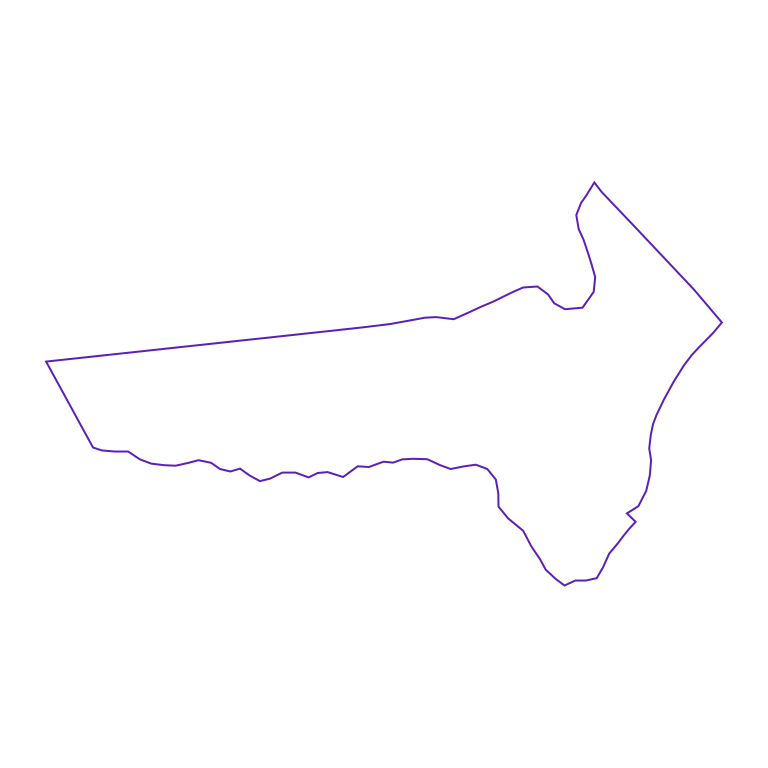 outline of Barra de Santo Antônio, Alagoas, Brazil
{"feature_id": "56859067B30618154167224", "entity_name": "Barra de Santo Antônio", "entity_type": "district", "adm_level": 2, "iso_a3": "BRA", "parent_name": "Brazil", "parent_adm1": "Alagoas", "projection": "albers", "projection_center": [-35.554, -9.378], "detail": "fine", "context": "isolated", "style": "outline", "palette": "violet", "viewbox_px": 768, "rotation_deg": 0, "n_neighbors": 0, "source": "geoboundaries", "source_scale": "gbopen_adm2", "svg_char_len": 1396}
<svg xmlns="http://www.w3.org/2000/svg" viewBox="0 0 768 768"><path d="M721.9,322.5L694.0,289.6L634.7,226.7L601.5,191.8L594.3,182.5L586.5,195.2L581.2,202.7L576.3,215.0L578.7,229.2L583.5,239.6L588.0,252.9L591.4,263.8L595.2,277.1L593.7,291.9L582.5,307.7L565.0,309.2L554.2,303.3L548.0,294.4L537.4,286.5L523.1,287.5L513.1,291.9L502.8,296.9L493.0,301.7L481.2,306.7L469.1,312.3L453.7,319.2L436.1,317.1L424.9,317.7L414.6,319.6L403.1,321.7L390.3,324.0L361.5,327.5L301.6,334.0L58.8,360.2L46.1,361.6L93.0,447.5L101.7,450.4L114.2,451.5L128.1,451.5L140.0,459.4L151.2,463.6L164.1,465.2L175.7,465.7L188.2,462.9L198.6,460.2L211.1,462.8L220.0,469.0L230.3,471.5L240.0,468.6L249.6,475.5L259.9,481.1L270.1,478.6L282.3,472.6L295.5,472.6L308.6,477.4L317.7,473.0L327.6,472.1L343.1,477.0L357.7,466.3L368.9,467.0L383.5,461.7L393.2,462.6L402.1,459.4L412.7,458.8L427.3,459.2L440.0,465.1L450.7,469.0L464.3,466.3L475.9,464.7L487.3,469.0L495.8,479.5L498.3,493.2L498.5,506.6L508.1,518.4L523.1,530.7L531.5,546.6L540.2,559.5L545.7,569.7L555.4,578.7L564.5,585.5L575.3,580.5L585.9,580.5L596.7,578.2L603.0,567.4L609.2,553.6L617.6,543.6L623.1,536.3L628.8,529.3L635.6,521.8L626.9,513.4L638.4,506.1L646.2,490.9L649.8,475.5L651.1,460.3L649.2,448.4L650.8,435.0L653.0,424.2L656.5,415.0L663.9,399.6L673.7,381.7L683.8,365.6L691.6,355.2L699.0,347.3L705.8,340.4L712.6,333.5L721.9,322.5Z" fill="none" stroke="#5b21b6" stroke-width="2"/></svg>